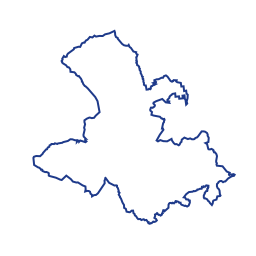 Eloxochitlán, Hidalgo, Mexico, rotated 261°
{"feature_id": "50627088B56771810727616", "entity_name": "Eloxochitlán", "entity_type": "district", "adm_level": 2, "iso_a3": "MEX", "parent_name": "Mexico", "parent_adm1": "Hidalgo", "projection": "robinson", "projection_center": [-98.887, 20.743], "detail": "fine", "context": "isolated", "style": "outline", "palette": "blue", "viewbox_px": 256, "rotation_deg": 261, "n_neighbors": 0, "source": "geoboundaries", "source_scale": "gbopen_adm2", "svg_char_len": 5818}
<svg xmlns="http://www.w3.org/2000/svg" viewBox="0 0 256 256"><g transform="rotate(261 128 128)"><path d="M75.4,215.4L76.9,209.9L78.3,209.7L79.3,210.3L80.3,209.8L81.6,209.9L86.3,211.5L88.4,211.2L90.4,210.1L90.5,209.2L92.3,208.7L92.6,209.0L93.4,208.4L94.3,207.2L94.0,205.6L94.4,204.2L94.9,204.0L99.7,203.6L101.0,202.2L101.6,205.2L105.7,206.2L108.0,205.4L108.9,205.7L110.6,205.3L112.2,203.7L112.8,202.3L113.1,200.2L108.8,195.9L107.9,194.7L107.6,193.0L106.7,191.9L106.6,190.9L106.9,189.3L108.0,187.8L107.7,185.4L109.7,182.2L108.1,179.3L105.9,178.6L105.6,177.8L103.5,176.3L103.0,175.4L104.5,173.5L104.6,172.0L105.8,170.9L108.7,169.5L110.4,169.3L108.7,164.6L109.5,160.8L111.0,158.0L110.1,155.5L111.2,154.3L116.5,158.5L120.7,162.7L122.2,162.3L122.2,161.5L127.3,163.5L128.1,164.4L129.1,164.6L130.3,165.4L131.3,165.2L131.2,164.0L132.0,163.4L132.1,162.6L134.1,161.3L136.3,155.2L137.4,153.2L140.0,154.2L141.7,152.8L142.6,152.8L144.5,153.8L144.4,155.1L144.1,155.5L145.0,157.4L145.8,158.0L146.4,158.1L148.2,156.9L149.1,157.3L150.1,160.1L151.3,166.4L147.4,169.3L146.4,172.7L147.0,172.5L147.8,172.9L148.4,171.1L149.6,171.3L151.3,173.6L152.4,173.9L153.5,175.2L153.7,176.0L154.7,177.2L154.8,180.0L151.4,179.8L151.3,183.3L148.9,183.2L148.7,186.8L151.4,186.9L151.4,188.9L147.9,188.7L146.7,189.2L142.0,189.1L142.9,190.3L144.9,190.1L148.2,191.5L151.5,192.2L152.9,191.2L155.8,191.3L155.7,189.2L160.5,189.4L160.6,187.2L164.3,187.2L165.5,183.8L166.4,182.9L167.5,183.5L168.1,180.6L167.3,180.0L167.5,179.4L166.9,178.9L167.0,178.4L167.8,177.4L172.5,175.1L174.0,173.7L173.6,171.6L172.1,170.4L172.4,169.0L171.4,165.9L171.6,164.1L171.1,161.5L170.2,161.4L169.0,162.9L167.9,162.4L168.6,160.7L168.5,160.0L167.5,161.1L166.9,160.6L166.7,161.4L166.4,160.5L166.9,160.1L165.6,158.4L165.7,157.6L164.6,156.8L163.3,156.7L162.8,156.1L163.4,154.9L162.9,154.1L163.0,152.3L167.2,152.2L167.3,151.4L168.2,150.5L170.3,150.8L171.2,150.4L172.8,150.8L173.7,150.3L174.2,150.7L175.2,150.1L176.3,150.6L176.9,149.9L178.8,149.7L180.0,149.1L181.8,149.4L183.7,148.5L184.7,149.0L185.7,148.4L186.7,148.6L188.0,147.9L188.6,146.9L190.6,146.9L191.1,146.4L191.9,147.2L192.9,147.2L193.2,146.7L194.5,147.2L196.6,147.2L196.9,147.8L199.0,148.9L199.4,148.2L201.0,147.6L201.6,147.9L202.7,145.3L206.7,143.4L207.7,142.3L209.9,141.7L209.2,141.0L209.6,138.8L210.4,136.9L212.0,135.3L217.7,131.9L218.6,131.9L219.7,130.4L221.7,129.9L224.4,130.1L226.0,129.8L224.4,124.4L224.1,120.0L222.8,117.4L223.4,114.2L223.3,110.7L224.5,109.3L223.0,107.1L223.9,104.6L221.5,101.8L221.0,100.1L219.1,98.5L219.4,98.0L218.8,95.7L215.6,93.5L216.0,91.9L215.4,87.3L214.2,86.8L210.8,80.2L209.3,79.0L208.1,78.7L207.9,77.0L209.1,75.9L206.7,73.9L205.8,74.1L204.6,72.9L204.1,73.0L204.4,73.3L202.9,73.3L202.0,73.9L199.6,76.7L197.6,77.7L197.3,78.9L196.8,79.3L195.0,80.2L192.5,80.0L191.4,83.8L189.8,84.9L188.5,85.1L186.9,86.9L187.0,87.6L186.6,87.8L184.0,89.3L181.9,89.9L181.0,89.7L180.5,90.3L178.4,90.7L176.2,91.9L175.9,92.5L173.5,94.4L163.7,100.5L159.3,102.1L148.1,102.4L145.2,98.0L143.4,96.1L143.4,93.8L144.3,91.9L144.3,91.3L143.7,88.9L142.4,86.2L140.7,85.9L138.4,86.2L135.1,84.7L133.3,85.0L128.1,82.9L126.5,82.9L124.2,84.5L124.3,84.2L122.8,83.8L121.3,84.9L120.6,83.8L123.1,78.9L122.0,77.5L123.1,77.4L123.4,76.8L122.2,75.3L123.9,75.7L124.2,73.7L125.5,71.3L125.9,69.3L124.6,66.6L124.2,61.8L123.7,60.8L123.7,56.4L123.3,55.7L124.3,53.4L123.7,52.5L124.2,49.9L123.7,49.6L123.1,47.8L121.7,47.3L121.3,45.7L119.7,44.7L119.7,43.8L116.7,40.2L115.9,39.7L113.9,36.8L114.7,32.9L114.3,30.6L113.3,29.9L106.2,29.5L103.1,33.1L102.9,33.8L101.5,35.2L100.4,35.5L100.4,36.5L99.9,36.9L98.9,36.8L97.4,39.3L97.3,40.6L96.3,42.2L95.7,42.7L93.4,42.3L93.0,42.7L90.2,49.0L87.7,52.8L87.0,54.4L90.6,59.6L86.4,63.6L83.7,65.2L82.2,68.5L82.1,70.0L78.4,74.2L76.9,76.8L74.1,76.6L72.0,75.8L72.3,77.7L71.9,79.4L71.0,80.5L69.0,80.7L67.7,81.9L66.1,81.8L67.0,83.9L66.9,85.9L68.2,88.1L77.0,96.3L79.8,96.6L81.0,97.6L82.0,97.6L82.2,98.0L76.8,100.8L73.3,105.6L73.2,107.4L72.8,108.1L71.5,107.9L70.2,108.6L67.1,109.0L66.5,108.5L65.4,109.5L63.6,108.4L61.5,109.4L60.9,109.2L59.5,110.0L55.2,110.9L52.6,112.0L49.7,111.7L48.5,113.2L45.6,113.5L44.6,116.1L44.6,116.9L45.8,118.7L45.6,120.1L43.0,120.1L42.0,121.1L40.6,121.1L39.5,122.3L38.0,122.8L36.4,123.8L36.2,125.9L35.0,126.8L35.4,128.8L35.4,129.3L34.3,130.0L34.3,131.8L32.3,132.8L31.9,133.4L31.6,133.0L30.7,133.3L30.0,134.6L30.5,135.3L30.3,136.4L31.6,138.3L31.1,139.0L31.3,140.6L32.2,142.0L33.7,141.5L35.1,140.0L36.9,141.1L38.3,141.1L38.6,142.3L39.4,143.4L39.2,143.6L38.5,143.4L38.1,144.2L37.4,144.6L37.3,145.8L36.4,146.4L36.5,146.8L37.1,147.9L38.2,148.2L38.4,149.0L39.0,148.9L41.3,150.0L41.2,150.7L40.1,151.1L42.9,155.5L45.8,156.0L46.9,156.7L47.4,157.5L47.3,158.7L46.7,159.6L47.2,160.3L46.4,161.6L47.3,162.5L47.2,163.7L48.3,163.8L48.1,164.5L47.1,166.5L46.2,166.8L46.0,168.2L45.2,168.1L43.9,168.8L42.3,171.6L42.1,172.0L42.3,172.6L41.2,174.1L41.9,175.8L44.6,177.4L46.6,177.7L46.8,176.6L47.8,176.5L48.1,176.1L48.4,174.3L50.4,173.5L50.8,172.3L53.5,175.1L55.2,178.2L55.0,182.0L55.5,182.9L55.1,184.1L55.6,186.2L56.4,186.9L56.2,188.0L56.7,189.2L56.5,191.2L58.0,191.7L57.6,192.2L58.0,192.8L57.8,193.3L58.6,193.5L58.0,195.1L59.1,196.3L58.4,198.4L56.9,198.1L56.8,197.6L55.8,197.5L55.3,196.6L54.3,196.8L53.4,196.4L53.4,195.2L51.8,193.6L51.4,193.7L49.5,192.3L47.4,192.0L46.5,192.4L46.5,193.2L45.1,195.1L43.6,195.6L42.7,196.6L41.3,197.1L38.8,198.8L40.1,199.8L42.5,200.6L43.0,201.1L43.5,204.2L46.5,205.5L46.4,208.3L46.8,208.8L48.2,208.4L51.8,208.6L53.3,208.2L54.7,207.1L56.5,206.7L58.7,207.1L59.8,208.6L60.5,209.0L61.2,210.7L61.0,212.1L59.6,213.4L60.1,214.8L60.0,215.8L62.5,219.0L64.1,222.9L64.2,225.2L64.8,225.7L64.9,225.0L65.2,226.5L65.5,224.1L65.1,223.3L65.6,223.8L65.9,225.8L65.9,222.4L66.5,221.2L66.1,220.7L65.3,221.4L65.7,220.6L66.6,220.5L67.9,221.4L69.6,218.7L75.4,215.4Z" fill="none" stroke="#1e3a8a" stroke-width="2"/></g></svg>